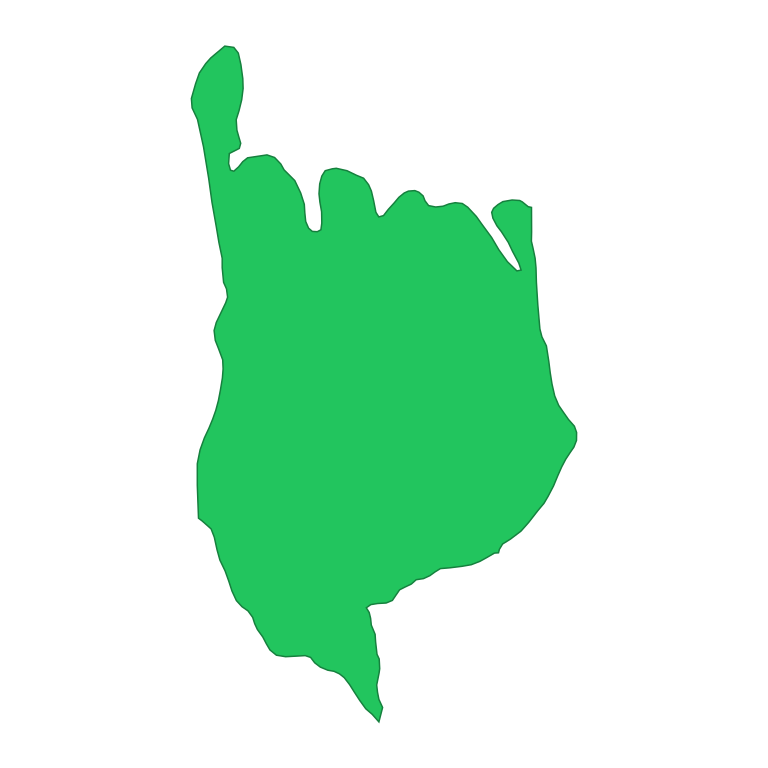 Komo-Ocèan, Estuaire, Gabon (Robinson projection)
{"feature_id": "22940354B91533016002313", "entity_name": "Komo-Ocèan", "entity_type": "district", "adm_level": 2, "iso_a3": "GAB", "parent_name": "Gabon", "parent_adm1": "Estuaire", "projection": "robinson", "projection_center": [9.579, -0.117], "detail": "fine", "context": "isolated", "style": "filled", "palette": "green", "viewbox_px": 768, "rotation_deg": 0, "n_neighbors": 0, "source": "geoboundaries", "source_scale": "gbopen_adm2", "svg_char_len": 2867}
<svg xmlns="http://www.w3.org/2000/svg" viewBox="0 0 768 768"><path d="M531.5,207.4L528.2,206.7L522.3,201.9L519.7,200.5L512.1,200.0L502.9,201.6L498.1,204.5L493.6,208.3L491.7,212.3L492.9,218.2L496.9,225.8L501.4,231.7L508.3,242.4L512.6,251.5L518.8,263.1L521.1,270.1L516.9,270.9L507.4,261.7L498.8,249.7L491.7,237.6L482.0,224.4L476.3,216.4L467.7,207.2L462.3,203.5L455.2,202.7L448.8,204.0L443.1,206.2L435.7,207.0L428.6,205.6L425.0,200.8L423.1,195.9L418.9,192.2L414.8,190.6L408.4,191.1L404.2,193.0L398.9,197.3L394.2,202.9L388.3,209.4L383.5,215.6L378.8,216.9L375.9,212.3L373.6,200.5L371.4,191.1L368.6,184.7L363.6,178.2L356.5,175.3L347.0,170.7L336.3,168.3L332.3,168.8L325.2,170.7L321.8,176.1L319.7,183.9L319.0,193.8L319.9,202.1L321.6,211.8L321.8,223.1L320.9,229.8L317.3,231.7L312.3,231.4L308.6,228.2L305.7,221.5L304.8,212.6L304.3,204.3L300.7,193.0L294.8,180.6L284.1,169.9L280.8,164.0L274.6,157.5L267.0,154.9L247.6,157.8L242.8,161.6L238.6,166.9L233.8,171.2L230.5,170.2L228.6,163.7L229.3,153.5L239.3,148.4L240.7,143.3L238.8,136.9L236.9,130.1L236.2,119.7L239.0,110.8L241.7,99.8L243.1,88.5L242.8,78.6L240.9,64.6L238.3,53.1L233.8,47.4L224.8,46.1L215.3,54.1L210.8,57.9L205.8,63.5L199.4,72.9L195.6,83.7L191.4,98.5L192.1,107.9L197.5,119.4L203.5,146.8L208.7,178.5L212.0,202.4L216.3,226.8L218.9,242.4L222.2,258.3L222.2,267.7L223.6,282.4L226.5,288.9L227.6,297.2L225.7,302.8L221.2,312.2L216.3,322.4L214.1,330.5L215.3,340.4L218.6,348.8L222.7,359.8L223.1,368.9L222.4,378.0L220.3,390.7L218.4,400.6L215.8,410.3L212.7,419.1L208.9,428.3L204.4,437.9L200.1,449.8L197.3,463.7L197.3,485.2L198.5,518.2L202.2,521.0L211.1,528.9L214.3,537.2L217.0,549.6L219.9,560.1L225.1,570.9L228.8,581.2L232.0,591.1L236.4,600.6L242.0,606.7L248.0,610.9L252.7,617.4L254.7,623.7L257.4,629.5L262.8,637.0L266.3,643.7L270.0,650.0L276.4,655.2L285.6,656.7L296.8,656.1L305.2,655.6L310.6,657.4L314.7,662.8L320.3,667.1L327.8,670.2L334.0,671.3L339.4,673.8L344.2,677.6L349.6,684.6L354.4,692.2L359.8,700.5L365.8,708.8L372.2,714.3L378.9,721.9L382.6,707.5L378.9,699.4L377.5,692.2L376.7,685.0L379.1,672.9L379.7,668.7L379.2,659.0L377.0,654.3L375.6,641.9L375.1,634.3L371.3,625.1L370.6,618.3L369.2,612.5L366.3,607.8L370.8,604.6L377.6,603.5L386.2,603.0L392.4,600.4L395.5,595.8L399.6,589.8L404.5,587.3L411.4,584.0L416.2,579.7L423.5,578.6L429.8,575.7L434.9,572.0L440.4,568.6L449.9,567.8L462.1,566.3L471.3,564.7L480.0,561.3L486.7,557.6L494.4,553.1L498.5,552.8L499.4,549.3L502.6,544.0L510.6,539.0L521.1,531.0L528.7,522.4L537.8,510.7L544.0,503.3L548.1,496.3L553.5,486.0L557.7,475.9L561.7,466.9L565.8,459.1L570.1,452.6L573.9,447.1L576.5,440.4L576.6,432.5L574.4,426.2L568.5,419.5L563.3,412.1L558.7,405.4L554.7,395.9L552.0,384.0L550.2,372.6L548.8,361.4L546.4,345.9L541.9,336.8L539.9,329.0L537.8,304.7L536.4,282.3L536.0,267.9L535.1,258.2L533.0,248.1L531.4,241.2L531.6,232.1L531.5,207.4Z" fill="#22c55e" stroke="#15803d" stroke-width="1.5"/></svg>